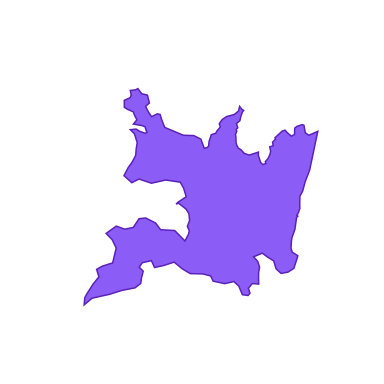 Ishtikhan, Samarkand, Uzbekistan, rotated 251°
{"feature_id": "79887680B73801633322119", "entity_name": "Ishtikhan", "entity_type": "district", "adm_level": 2, "iso_a3": "UZB", "parent_name": "Uzbekistan", "parent_adm1": "Samarkand", "projection": "albers", "projection_center": [66.584, 40.003], "detail": "fine", "context": "isolated", "style": "filled", "palette": "violet", "viewbox_px": 384, "rotation_deg": 251, "n_neighbors": 0, "source": "geoboundaries", "source_scale": "gbopen_adm2", "svg_char_len": 2480}
<svg xmlns="http://www.w3.org/2000/svg" viewBox="0 0 384 384"><g transform="rotate(251 192 192)"><path d="M208.4,330.7L207.6,320.9L211.2,318.4L218.7,319.6L219.8,318.1L219.9,312.5L218.9,309.9L212.9,307.6L212.5,304.0L216.9,301.5L220.2,300.1L220.2,297.0L216.3,288.1L214.8,288.1L212.9,284.4L209.3,283.8L209.4,280.2L204.8,279.6L202.3,278.0L198.9,274.8L196.9,271.2L194.9,271.1L194.9,268.0L197.5,266.5L202.1,266.6L205.1,266.7L208.1,267.8L208.2,262.2L208.3,258.0L211.5,254.0L216.1,252.0L218.6,250.0L221.2,249.6L224.2,249.7L229.3,251.3L232.3,251.9L234.8,254.1L236.8,254.1L237.8,256.2L242.3,256.3L243.8,260.5L247.3,262.6L251.3,265.8L252.3,267.4L254.3,265.9L257.4,264.9L253.4,262.3L251.5,257.1L252.1,249.3L250.7,244.2L247.7,240.0L244.2,239.9L241.8,235.7L239.8,233.6L239.9,228.9L234.4,224.7L229.8,222.5L229.0,220.2L229.4,217.8L239.1,217.6L244.8,212.0L248.5,202.3L262.0,187.2L270.6,186.9L275.7,187.1L277.2,184.7L276.4,178.3L281.5,176.9L288.1,176.0L290.0,180.7L298.1,181.4L301.3,176.4L307.4,174.5L307.0,171.9L308.1,166.7L303.5,166.1L301.3,164.2L300.7,157.8L294.1,155.6L291.0,158.1L286.9,162.6L282.7,162.7L278.2,163.4L275.3,158.7L271.1,166.3L269.0,168.8L262.9,168.7L262.9,166.6L266.6,162.1L269.7,159.6L271.0,154.0L265.7,156.5L256.6,156.3L251.4,153.5L244.9,150.6L239.8,145.2L236.0,139.8L229.6,133.0L220.4,138.1L221.5,146.1L213.5,156.5L211.9,171.0L205.1,184.1L198.5,185.3L189.4,185.0L187.0,175.7L185.8,173.0L185.7,175.7L177.8,180.8L172.5,182.0L166.0,180.5L160.9,176.4L156.2,176.8L153.1,174.8L148.0,169.4L153.2,166.9L161.2,163.1L166.6,150.0L174.5,147.5L182.5,139.8L184.0,133.2L177.6,125.0L178.8,116.2L184.4,109.3L180.8,97.3L172.9,101.0L163.7,102.1L150.8,93.9L151.1,83.2L149.9,76.6L142.1,76.4L137.0,68.3L129.4,58.8L126.8,56.1L120.4,53.3L124.1,62.9L123.1,72.2L122.1,80.7L121.8,93.4L120.8,100.6L119.9,107.0L122.3,113.8L127.1,116.2L133.0,120.1L138.1,117.6L141.3,122.0L140.3,131.3L132.8,132.0L131.7,141.3L131.5,152.3L122.2,158.0L115.4,163.8L111.0,175.6L106.6,182.3L100.8,183.0L94.7,193.1L93.7,202.4L87.8,205.6L78.5,206.2L75.9,211.3L77.5,213.9L82.6,214.0L85.8,219.2L83.2,225.1L89.0,226.9L94.0,228.7L98.9,231.4L104.8,231.6L110.7,229.2L111.3,238.5L105.4,242.6L100.3,246.8L91.9,246.5L86.0,249.8L85.0,256.6L86.6,263.4L94.8,269.6L97.3,271.3L102.4,267.2L106.6,267.3L113.2,270.0L116.5,271.8L123.1,277.1L133.9,282.6L134.7,284.2L135.5,283.4L138.0,286.0L141.3,288.6L147.1,290.5L152.9,292.7L156.8,296.9L164.8,302.3L174.3,310.3L182.3,315.1L208.4,330.7Z" fill="#8b5cf6" stroke="#5b21b6" stroke-width="1.5"/></g></svg>